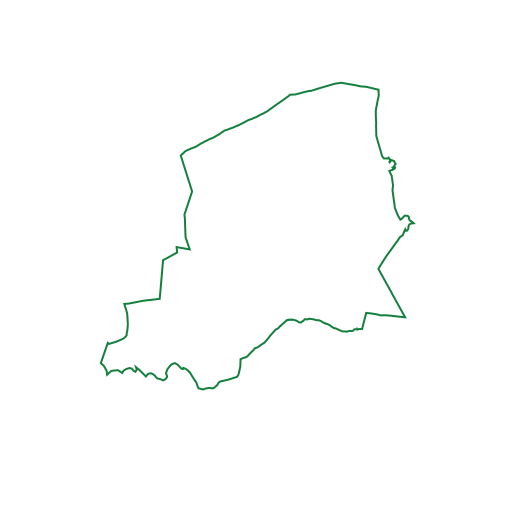 outline of San Felipe Jalapa de Díaz, Oaxaca, Mexico, rotated 331°
{"feature_id": "50627088B17245875602717", "entity_name": "San Felipe Jalapa de Díaz", "entity_type": "district", "adm_level": 2, "iso_a3": "MEX", "parent_name": "Mexico", "parent_adm1": "Oaxaca", "projection": "equal_earth", "projection_center": [-96.53, 18.067], "detail": "fine", "context": "isolated", "style": "outline", "palette": "green", "viewbox_px": 512, "rotation_deg": 331, "n_neighbors": 0, "source": "geoboundaries", "source_scale": "gbopen_adm2", "svg_char_len": 5914}
<svg xmlns="http://www.w3.org/2000/svg" viewBox="0 0 512 512"><g transform="rotate(331 256 256)"><path d="M313.4,371.3L316.4,368.1L319.8,364.5L322.7,361.4L323.8,360.3L324.8,359.2L325.1,359.4L325.1,359.5L327.2,360.9L328.1,361.5L333.0,365.3L336.4,368.5L338.3,369.4L341.0,370.9L343.8,372.8L344.6,373.3L350.2,377.3L350.4,377.5L356.7,381.9L356.7,355.5L356.8,353.5L356.8,350.8L356.8,326.7L359.9,324.8L361.2,324.1L362.5,323.3L364.9,322.0L365.2,321.9L366.7,321.0L368.8,319.9L369.7,319.5L371.3,318.7L374.1,317.4L375.4,316.8L376.2,316.4L376.9,316.1L377.6,315.7L379.0,315.1L385.2,312.2L387.5,311.2L388.0,310.9L390.5,309.5L390.9,309.3L394.4,309.0L396.3,307.4L397.0,306.8L399.5,305.0L399.4,306.8L399.4,307.5L399.4,307.4L400.5,306.9L401.1,306.7L402.1,306.3L402.6,305.7L403.2,304.9L403.8,303.9L404.6,303.2L405.4,302.8L406.4,302.7L407.3,302.8L408.3,303.2L409.2,303.5L409.8,303.8L409.6,303.0L408.9,301.4L407.7,299.3L408.0,297.0L408.6,296.3L408.5,296.1L408.2,294.5L405.6,292.8L404.4,293.2L400.8,294.3L399.9,294.2L399.9,293.5L399.9,292.5L399.8,292.4L399.8,289.0L399.8,288.8L400.4,284.4L400.8,281.1L402.1,278.2L402.7,276.5L403.3,274.8L407.4,264.4L408.8,262.5L409.4,261.6L409.7,261.4L410.2,260.4L411.9,256.0L412.7,253.9L413.1,252.6L413.6,251.7L413.6,250.0L413.7,248.2L413.9,246.2L417.5,246.9L419.2,246.8L420.3,246.4L420.6,245.8L420.1,245.0L419.1,245.6L418.3,245.3L418.3,244.8L419.3,244.9L422.0,243.4L422.7,243.2L422.7,239.8L421.2,238.0L420.8,237.5L420.4,238.1L419.0,238.6L418.3,238.8L418.3,238.3L419.8,237.7L419.7,234.3L418.5,234.6L415.1,232.6L415.1,232.3L414.9,231.6L414.7,230.0L419.4,209.3L420.4,207.6L421.6,205.1L422.5,203.5L422.7,203.2L423.4,201.7L423.5,201.5L425.9,197.4L426.0,197.3L426.0,197.2L426.1,196.9L427.2,194.6L428.4,192.2L429.6,189.9L430.0,189.3L430.8,187.7L431.3,187.0L432.2,185.7L437.6,179.2L440.9,175.5L441.5,174.6L441.6,174.3L442.2,173.0L442.4,172.5L443.8,170.0L434.4,161.4L429.5,158.2L426.2,155.2L414.5,145.8L408.0,143.4L392.8,140.0L392.0,139.8L390.1,139.4L389.3,139.3L389.2,139.3L387.6,138.9L385.5,138.5L385.0,138.4L383.8,138.2L382.7,137.4L381.8,137.2L380.5,136.9L380.0,136.7L376.5,135.7L374.7,135.3L372.7,134.8L371.3,134.4L368.5,133.7L364.2,131.5L362.4,131.8L362.1,131.9L361.3,132.0L361.1,132.0L360.5,132.1L359.6,132.2L358.1,132.4L356.0,132.6L352.8,133.0L349.4,133.3L346.5,133.6L345.1,133.8L344.1,133.9L343.7,133.9L342.7,134.1L340.5,134.3L336.2,134.9L334.7,134.9L333.6,134.8L332.0,134.9L331.0,134.9L330.2,134.7L328.1,134.6L325.3,134.6L323.8,134.6L320.3,134.2L319.1,134.1L314.8,133.4L310.5,133.4L308.5,133.3L308.1,133.3L306.7,133.2L306.1,133.2L305.8,133.2L304.9,133.3L303.1,133.1L302.9,132.9L298.4,132.6L296.7,132.3L295.5,132.1L294.5,131.9L292.4,131.7L289.7,131.1L289.2,131.0L287.7,131.2L286.3,131.3L286.0,131.3L285.3,131.4L285.1,131.4L283.2,131.7L281.2,131.7L280.2,131.7L276.8,131.8L276.6,131.8L275.0,131.7L274.1,131.5L271.2,131.2L268.9,131.2L266.7,131.0L263.9,131.1L262.1,130.9L261.4,131.0L259.0,131.1L257.2,131.3L256.9,131.2L255.7,131.2L254.8,131.1L252.8,130.7L251.1,130.5L249.6,130.4L248.6,130.3L247.0,130.1L245.9,130.1L244.5,130.2L243.6,130.4L242.3,130.9L240.7,131.1L238.9,131.7L237.3,139.6L231.4,168.6L213.5,185.1L211.9,188.9L210.4,191.8L203.5,205.4L202.4,211.3L201.2,218.1L192.7,211.2L190.9,209.7L188.7,214.7L182.5,214.7L174.7,214.7L172.8,214.5L151.0,246.8L135.5,240.4L121.6,235.9L117.6,234.1L117.3,235.5L115.6,243.4L114.1,246.8L112.4,250.3L111.0,253.2L109.8,255.2L108.0,257.8L106.7,259.5L105.4,261.0L104.5,262.5L103.3,263.2L101.8,263.6L100.5,263.8L99.3,263.9L94.7,263.5L92.2,263.2L86.6,262.0L84.9,261.7L84.3,260.1L75.5,268.0L68.4,274.4L69.7,278.8L69.7,284.1L68.2,287.6L73.9,286.4L79.9,288.9L82.3,293.5L84.5,292.1L87.6,291.9L91.1,292.7L92.8,294.3L93.2,296.9L94.4,298.8L96.1,297.9L96.9,296.6L97.2,295.2L99.1,300.2L101.3,308.0L104.0,306.9L105.4,307.0L106.5,307.3L107.4,307.9L108.1,308.7L108.6,309.6L109.5,311.5L109.7,313.3L110.3,315.2L112.2,316.9L113.7,318.6L114.3,319.7L115.3,319.8L117.2,319.8L118.7,319.1L119.6,318.7L120.1,317.2L120.4,314.9L123.5,312.2L126.5,310.8L129.7,309.8L133.0,310.3L134.6,312.7L135.6,315.9L136.1,318.3L137.2,319.4L138.2,318.6L139.6,320.4L140.8,322.6L141.8,326.2L141.8,329.0L142.1,334.0L142.2,335.4L142.5,337.3L141.5,343.7L145.0,347.1L146.8,347.3L149.6,348.1L150.9,348.5L154.1,350.9L156.3,350.8L159.3,350.2L161.8,348.7L163.5,348.4L165.9,349.0L171.7,350.7L180.8,352.5L183.0,351.4L186.4,347.7L188.6,345.2L192.5,338.7L196.6,339.2L197.3,339.6L199.0,339.6L200.2,339.5L202.1,338.7L204.4,338.1L205.6,337.7L207.1,337.3L208.2,337.0L209.0,336.7L209.7,336.5L210.4,336.1L212.7,336.7L216.1,336.3L220.2,335.9L220.9,335.9L221.3,336.0L223.7,335.0L225.9,334.3L227.1,333.8L229.4,332.7L237.3,330.0L238.3,329.9L239.3,330.0L239.9,330.0L240.3,330.0L242.6,329.2L243.0,329.1L243.4,329.0L243.7,329.0L243.7,328.9L243.9,328.9L244.2,328.8L247.9,328.0L250.4,327.4L250.5,327.4L250.8,327.4L251.2,327.4L251.6,327.2L252.0,327.3L252.3,327.3L252.3,327.2L252.6,327.3L253.7,327.6L253.6,327.8L254.0,327.9L254.5,328.1L254.8,328.1L255.0,328.2L255.3,328.4L255.7,328.9L255.8,328.9L256.2,329.1L256.4,329.0L256.5,329.3L256.8,329.3L257.2,329.6L257.4,329.8L257.7,329.9L258.0,330.1L258.8,330.9L260.2,332.4L261.4,334.8L263.1,336.0L263.9,335.7L264.9,335.7L265.5,335.8L265.7,335.6L266.5,335.5L268.0,334.9L268.8,335.4L269.2,335.8L270.8,336.6L272.0,336.5L274.5,338.5L274.8,338.6L275.3,339.0L275.9,339.6L277.2,340.9L278.3,341.9L279.1,342.3L279.4,342.3L279.7,342.5L281.5,344.8L282.2,346.1L282.6,347.0L283.8,348.1L283.7,348.5L285.8,350.6L286.7,351.8L287.3,353.0L287.5,353.8L287.6,354.2L288.3,355.1L288.8,356.1L289.1,356.8L290.0,357.3L290.1,357.5L290.3,357.9L290.8,358.2L292.4,360.4L293.6,362.0L293.8,362.3L295.4,364.1L297.4,365.2L298.0,365.6L298.7,366.2L299.3,366.4L300.7,366.6L301.3,366.8L301.8,367.1L302.0,367.2L303.9,368.3L304.2,368.3L305.2,368.3L306.4,367.8L306.9,368.0L307.2,368.1L308.3,368.7L308.8,369.2L308.9,369.3L309.0,369.2L309.0,369.5L310.3,369.7L311.9,370.5L313.4,371.3Z" fill="none" stroke="#15803d" stroke-width="2"/></g></svg>